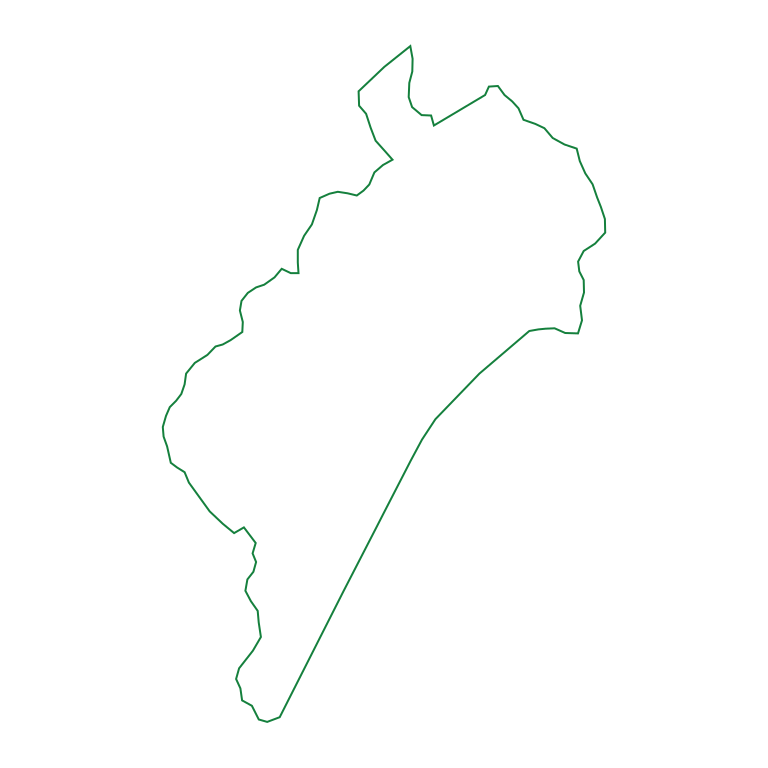 outline of Pedras Grandes, Santa Catarina, Brazil
{"feature_id": "56859067B67009186036385", "entity_name": "Pedras Grandes", "entity_type": "district", "adm_level": 2, "iso_a3": "BRA", "parent_name": "Brazil", "parent_adm1": "Santa Catarina", "projection": "equal_earth", "projection_center": [-49.21, -28.49], "detail": "fine", "context": "isolated", "style": "outline", "palette": "green", "viewbox_px": 768, "rotation_deg": 0, "n_neighbors": 0, "source": "geoboundaries", "source_scale": "gbopen_adm2", "svg_char_len": 1604}
<svg xmlns="http://www.w3.org/2000/svg" viewBox="0 0 768 768"><path d="M267.2,721.9L279.7,717.2L343.4,591.4L376.7,526.8L383.4,513.7L410.7,460.7L422.0,439.6L435.4,419.2L479.4,373.6L529.3,331.0L538.4,329.4L545.6,328.7L554.6,328.3L565.2,333.0L578.0,333.4L582.0,320.3L580.2,305.8L584.0,292.5L583.7,280.0L579.3,271.4L578.1,261.6L583.7,251.0L595.1,243.6L605.2,232.6L604.9,219.0L600.9,207.0L597.1,197.4L592.6,184.3L585.3,173.4L579.8,161.1L576.7,148.6L564.5,144.5L552.7,138.0L544.4,128.2L535.3,123.9L523.5,119.8L518.5,108.3L512.2,101.4L504.5,95.0L497.9,86.0L488.9,86.6L485.1,95.0L433.9,125.5L431.1,115.5L421.6,115.1L412.1,107.1L408.7,97.1L409.3,82.9L412.3,71.5L412.6,58.8L410.3,46.1L384.4,66.8L358.6,91.3L359.1,105.7L366.1,113.8L370.6,127.6L375.6,140.7L384.2,150.3L392.5,159.7L383.0,165.0L374.4,172.4L369.3,184.5L363.5,190.6L356.8,195.5L347.6,193.3L337.8,191.8L329.5,193.7L319.7,198.0L316.9,210.0L311.9,224.4L304.1,235.8L297.8,249.9L297.8,262.6L298.5,273.1L290.7,273.1L281.7,268.8L274.5,277.4L264.2,284.7L256.1,287.4L247.8,292.9L241.5,300.9L239.9,310.5L242.8,322.0L242.3,332.0L230.5,340.2L222.7,344.5L215.5,346.5L207.4,354.9L194.8,362.9L186.1,373.6L184.6,384.4L181.3,394.0L176.1,400.8L169.8,407.1L166.0,415.9L162.8,427.0L163.6,436.6L167.1,446.4L170.8,462.8L177.1,467.5L184.6,472.2L188.9,482.6L209.7,511.4L222.7,523.7L234.1,533.1L243.9,527.4L255.7,543.0L252.6,553.4L256.1,562.0L253.4,571.8L247.4,579.4L245.4,590.8L250.9,601.2L257.7,610.9L258.7,622.3L260.9,637.0L252.9,650.7L239.1,668.3L236.1,679.0L240.4,688.4L242.1,700.4L251.9,705.8L258.8,719.5L267.2,721.9Z" fill="none" stroke="#15803d" stroke-width="2"/></svg>